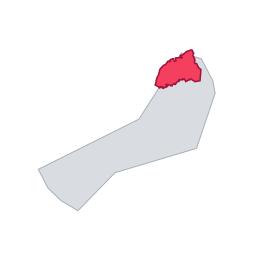 Inarajan, Guam (highlighted), rotated 199°
{"feature_id": "77769853B63444042999452", "entity_name": "Inarajan", "entity_type": "district", "adm_level": 2, "iso_a3": "GUM", "parent_name": "Guam", "parent_adm1": "", "projection": "mercator", "projection_center": [144.738, 13.293], "detail": "fine", "context": "in_parent", "style": "filled", "palette": "rose", "viewbox_px": 256, "rotation_deg": 199, "n_neighbors": 0, "source": "geoboundaries", "source_scale": "gbopen_adm2", "svg_char_len": 2096}
<svg xmlns="http://www.w3.org/2000/svg" viewBox="0 0 256 256"><g transform="rotate(199 128 128)"><path d="M101.9,216.4L81.2,217.3L63.2,200.4L56.9,189.1L56.6,131.1L125.7,81.6L148.4,33.5L167.4,37.4L184.2,45.2L199.4,59.7L120.6,139.9L101.9,216.4Z" fill="#d9dde1" stroke="#a8b0b8" stroke-width="1"/><path d="M75.3,196.1L77.9,206.5L78.5,207.4L79.5,207.3L80.1,207.8L81.0,207.9L81.4,208.7L82.1,208.8L82.4,209.7L84.2,211.3L85.2,210.9L86.0,211.0L86.7,212.1L86.5,213.2L87.0,213.8L87.4,215.0L87.8,214.9L88.2,215.8L89.0,216.2L89.1,216.8L89.8,217.1L90.5,218.7L90.1,220.1L90.8,220.5L91.0,220.6L91.8,221.2L91.8,221.7L92.7,222.5L94.2,222.3L94.8,221.2L96.4,220.4L96.7,219.7L97.3,219.6L97.6,219.4L97.9,218.7L98.4,218.1L98.7,217.2L99.6,215.9L100.0,214.7L100.4,214.4L100.6,214.4L101.6,214.4L102.0,213.9L102.1,213.4L102.0,213.0L101.7,212.7L100.1,212.5L99.8,212.4L99.8,211.9L100.2,211.6L100.7,211.6L102.5,211.4L103.7,210.6L105.5,210.0L106.0,209.6L106.0,209.1L104.7,207.7L104.7,206.7L105.2,206.4L105.9,206.4L106.5,206.7L107.6,208.2L108.1,208.2L110.3,206.3L110.4,205.7L109.8,204.7L109.9,204.4L110.4,204.2L111.0,204.6L111.5,204.5L112.3,203.7L112.5,202.4L112.5,202.1L113.0,200.8L113.0,200.7L113.4,200.0L113.8,199.7L114.5,199.1L115.3,198.0L115.7,196.8L116.8,194.6L116.9,192.6L116.7,191.4L116.7,190.6L116.4,188.3L116.6,187.1L117.0,185.3L116.9,183.3L116.8,181.7L116.3,180.4L116.4,178.7L116.3,178.0L116.3,177.5L111.7,176.8L111.8,176.3L111.2,176.1L110.7,176.6L110.4,178.0L109.7,178.0L109.0,177.2L107.9,176.8L107.5,177.2L107.7,177.9L107.1,177.6L106.4,178.0L106.0,178.8L105.0,179.2L104.6,179.7L105.3,179.7L105.0,180.3L106.2,181.3L105.7,182.0L103.9,181.5L103.8,182.0L102.4,182.5L101.5,181.8L100.0,182.3L100.3,183.1L99.7,183.6L99.4,184.3L97.7,184.6L98.1,185.3L97.1,185.5L96.9,186.8L96.4,187.8L95.6,188.2L95.6,189.4L94.9,189.3L95.3,190.1L95.1,190.6L94.1,190.5L92.8,191.2L92.4,191.2L92.3,192.0L92.0,191.7L91.2,191.9L90.9,192.7L90.2,192.0L89.7,191.9L88.6,190.8L88.5,191.2L87.4,191.7L87.5,192.0L86.6,192.8L86.6,193.1L85.3,193.5L85.5,193.9L84.8,194.9L79.8,193.6L75.3,196.1Z" fill="#f43f5e" stroke="#9f1239" stroke-width="1.5"/></g></svg>